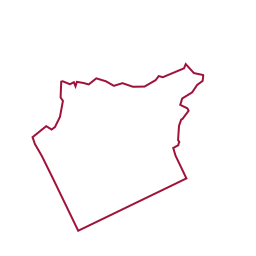 outline of Wright, Minnesota, United States of America, rotated 334°
{"feature_id": "52423323B29714862444968", "entity_name": "Wright", "entity_type": "district", "adm_level": 2, "iso_a3": "USA", "parent_name": "United States of America", "parent_adm1": "Minnesota", "projection": "equal_earth", "projection_center": [-93.865, 45.201], "detail": "fine", "context": "isolated", "style": "outline", "palette": "rose", "viewbox_px": 256, "rotation_deg": 334, "n_neighbors": 0, "source": "geoboundaries", "source_scale": "gbopen_adm2", "svg_char_len": 781}
<svg xmlns="http://www.w3.org/2000/svg" viewBox="0 0 256 256"><g transform="rotate(334 128 128)"><path d="M38.2,198.5L98.2,198.7L158.4,198.9L158.6,173.6L159.9,165.8L165.7,165.5L166.7,164.1L166.8,164.0L167.9,163.2L167.9,162.1L167.7,160.8L174.8,148.4L179.6,143.7L180.8,143.8L190.0,139.1L190.0,136.4L185.1,130.1L189.7,125.2L201.3,124.1L209.0,119.6L215.7,118.4L218.5,114.1L218.7,113.3L211.3,107.5L207.9,95.9L204.5,98.9L181.5,97.6L178.4,94.8L173.8,97.1L161.0,98.0L150.5,93.1L142.7,85.3L133.8,83.9L128.6,76.3L121.3,69.5L111.8,71.6L107.8,68.1L102.3,64.1L99.1,67.5L99.4,63.1L95.0,63.2L89.7,57.3L88.3,57.1L80.8,71.0L81.4,75.1L71.7,88.2L62.8,95.1L58.7,95.9L55.3,90.5L38.2,94.4L37.3,101.5L38.3,115.7L38.4,143.3L38.3,170.8L38.2,198.5Z" fill="none" stroke="#9f1239" stroke-width="2"/></g></svg>